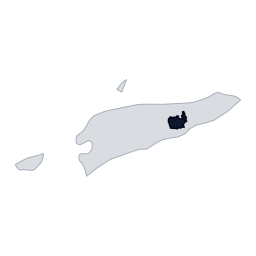 location of Ossu, Viqueque, East Timor
{"feature_id": "22284137B78761758678939", "entity_name": "Ossu", "entity_type": "district", "adm_level": 2, "iso_a3": "TLS", "parent_name": "East Timor", "parent_adm1": "Viqueque", "projection": "albers", "projection_center": [126.407, -8.715], "detail": "fine", "context": "in_parent", "style": "filled", "palette": "ink", "viewbox_px": 256, "rotation_deg": 0, "n_neighbors": 0, "source": "geoboundaries", "source_scale": "gbopen_adm2", "svg_char_len": 4372}
<svg xmlns="http://www.w3.org/2000/svg" viewBox="0 0 256 256"><path d="M86.7,176.1L84.2,167.0L81.7,163.1L79.7,160.9L79.0,158.1L79.1,155.2L80.3,153.9L88.8,153.5L92.2,148.8L92.1,143.2L90.4,141.3L88.8,140.5L80.0,144.8L77.5,144.0L76.0,142.5L76.4,136.3L83.7,130.4L89.8,119.8L94.1,115.6L104.1,111.6L108.1,110.5L137.4,104.6L144.3,104.2L162.9,104.3L187.7,103.0L193.8,102.2L201.8,99.7L209.5,96.5L213.5,94.0L217.8,92.2L224.2,94.5L235.0,96.2L237.9,97.8L240.6,99.9L228.1,111.0L214.2,120.2L205.7,122.9L197.0,124.8L190.3,128.4L184.6,134.0L177.4,137.1L169.3,138.2L162.3,139.8L156.0,143.1L147.2,148.8L143.7,149.3L139.9,149.2L132.7,151.4L110.1,159.5L96.4,168.4L86.7,176.1ZM15.4,164.5L26.5,158.4L43.5,153.7L43.1,157.1L41.4,162.4L38.8,164.9L34.9,169.4L32.4,170.4L22.2,169.5L20.9,170.2L19.1,169.7L16.5,166.9L15.4,164.5ZM126.4,79.9L121.8,92.0L116.8,89.4L122.1,82.7L124.6,80.6L126.4,79.9Z" fill="#d9dde1" stroke="#a8b0b8" stroke-width="1"/><path d="M182.8,111.8L183.0,111.9L183.1,112.0L182.9,112.4L183.0,112.5L183.1,112.8L182.9,112.8L182.7,112.8L182.7,113.0L182.8,113.0L182.9,113.3L182.8,113.5L183.0,113.8L183.2,113.7L183.3,113.8L183.4,114.0L183.2,114.2L183.0,114.3L182.9,114.6L182.7,114.9L182.7,115.0L182.3,115.1L182.4,115.4L182.1,115.7L182.1,115.8L181.9,115.8L182.0,116.0L181.8,116.1L181.8,116.3L181.7,116.4L181.7,116.5L181.9,116.5L182.0,116.8L182.2,117.0L182.4,117.1L182.1,117.2L182.2,117.4L182.3,117.5L182.4,117.9L182.5,117.9L182.4,118.0L182.2,118.1L182.1,118.4L182.3,118.6L182.2,118.6L182.0,118.9L181.9,119.1L181.7,119.2L181.6,119.3L180.8,119.1L180.4,119.0L180.2,118.9L178.9,118.5L178.6,118.4L178.2,117.8L178.3,117.7L178.2,117.6L178.1,117.4L177.9,117.3L177.9,117.2L177.9,116.9L177.9,116.7L178.1,116.5L178.2,116.3L178.3,116.3L178.2,116.1L177.9,116.1L177.7,116.0L177.5,116.3L177.4,116.3L177.2,116.3L177.2,116.5L176.9,116.7L176.8,116.8L176.6,116.7L176.5,116.8L176.3,116.7L176.2,116.8L176.0,117.0L176.0,116.9L175.9,117.0L175.7,117.2L175.7,117.4L175.7,117.5L175.4,117.5L175.2,117.8L174.9,117.9L174.7,118.0L174.3,117.8L174.2,117.5L174.1,117.3L174.1,117.2L173.9,117.2L173.6,117.3L173.3,117.4L173.2,117.6L172.9,117.8L172.6,117.8L172.3,117.8L172.1,117.8L171.7,117.4L171.0,117.0L170.8,116.9L170.5,116.9L170.3,117.0L170.2,117.3L170.1,117.6L169.9,117.6L169.9,117.8L169.8,118.0L169.7,118.2L169.4,118.3L169.2,118.5L168.9,118.5L168.6,118.7L168.6,118.9L168.6,119.0L168.6,119.3L168.6,119.5L168.4,120.1L168.5,120.3L168.5,120.5L168.5,121.0L168.5,121.5L168.6,122.0L168.5,122.3L168.6,122.6L168.8,122.7L168.8,122.8L169.1,123.0L169.3,123.5L169.5,123.5L169.7,123.8L169.6,124.0L169.6,124.3L169.5,124.6L169.5,124.8L169.6,125.2L169.6,125.5L169.8,125.8L169.9,126.0L170.1,126.2L170.2,126.5L170.3,126.6L170.5,126.7L170.6,126.8L170.6,127.0L170.4,127.4L170.4,127.6L170.5,127.7L170.8,128.2L171.1,128.2L171.5,128.0L172.1,128.1L173.0,128.3L173.5,128.3L173.8,128.3L173.9,128.2L174.1,128.2L175.3,128.4L176.3,128.5L176.7,128.5L176.8,128.5L177.0,128.7L177.2,128.4L177.5,128.4L177.7,128.1L177.8,128.1L178.0,128.0L178.1,127.9L178.4,127.9L178.5,128.0L178.8,128.0L179.3,127.8L179.5,127.9L179.8,127.7L180.0,127.7L180.2,127.9L180.3,128.0L180.6,128.0L180.8,128.0L181.1,127.8L181.3,127.6L181.9,127.3L182.0,127.3L182.2,127.2L182.3,127.1L182.5,127.1L182.8,127.1L183.0,127.1L183.3,127.1L183.5,127.1L183.8,127.0L184.0,127.1L184.0,126.9L184.0,126.7L183.9,126.6L183.7,126.4L183.6,126.1L183.6,125.9L183.4,125.8L183.3,125.5L183.3,125.4L183.3,125.1L183.1,124.7L184.1,123.5L184.3,123.2L184.4,122.9L184.7,122.5L184.7,121.8L184.6,121.7L184.3,121.5L184.4,121.3L184.5,121.1L184.6,120.9L184.8,120.8L185.0,120.9L185.3,120.9L185.5,120.8L185.8,120.9L185.8,121.0L186.1,121.2L186.4,121.3L186.5,121.1L186.6,120.9L186.5,121.0L186.5,120.9L186.4,120.7L186.4,120.8L186.3,120.7L186.2,120.6L185.9,120.5L186.0,120.3L185.9,120.4L185.9,120.2L185.7,120.2L185.8,120.0L185.7,120.0L185.7,119.9L185.6,119.7L185.8,119.4L185.9,119.5L185.9,119.4L185.9,119.2L185.8,119.3L185.8,119.2L185.7,119.1L185.6,118.9L185.6,118.6L185.7,118.4L185.8,118.3L186.0,118.2L186.3,117.8L186.3,117.7L186.2,117.5L185.9,117.0L185.7,116.6L185.6,116.3L185.4,116.2L184.9,115.6L184.6,115.3L184.6,115.2L184.6,114.9L184.6,114.7L184.6,114.8L184.6,114.6L184.5,114.4L184.5,114.2L184.5,113.7L184.7,113.4L184.5,113.2L184.4,113.1L184.2,113.0L184.0,112.7L183.9,112.7L184.0,112.5L184.0,112.4L183.9,112.1L183.9,111.9L183.7,111.7L183.0,111.6L182.8,111.8Z" fill="#0f172a" stroke="#020617" stroke-width="1.5"/></svg>